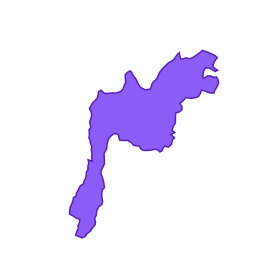 outline of São Vicente, São Paulo, Brazil, rotated 315°
{"feature_id": "56859067B44693730351298", "entity_name": "São Vicente", "entity_type": "district", "adm_level": 2, "iso_a3": "BRA", "parent_name": "Brazil", "parent_adm1": "São Paulo", "projection": "orthographic", "projection_center": [-46.493, -23.955], "detail": "fine", "context": "isolated", "style": "filled", "palette": "violet", "viewbox_px": 256, "rotation_deg": 315, "n_neighbors": 0, "source": "geoboundaries", "source_scale": "gbopen_adm2", "svg_char_len": 2522}
<svg xmlns="http://www.w3.org/2000/svg" viewBox="0 0 256 256"><g transform="rotate(315 128 128)"><path d="M132.8,81.6L130.2,83.5L126.9,85.3L124.1,85.3L120.8,85.2L117.9,85.9L114.5,87.0L113.3,90.6L111.2,93.4L108.1,95.3L105.6,96.2L103.9,98.6L102.1,101.4L99.3,101.6L95.8,105.6L93.5,107.2L92.4,109.9L90.6,112.3L89.5,115.4L86.6,117.4L84.2,120.7L80.9,123.6L79.3,126.4L77.3,122.3L75.2,125.2L72.3,127.0L70.3,129.1L67.3,129.8L64.5,132.3L61.9,133.7L59.3,134.6L57.0,136.0L53.4,135.1L50.0,136.2L47.7,137.1L45.5,137.5L43.5,139.3L40.1,138.7L37.5,140.6L34.2,142.0L31.3,143.1L28.2,145.2L25.8,147.6L27.0,151.5L27.8,155.5L29.3,158.5L26.3,160.9L23.7,161.5L21.9,164.0L19.4,164.6L15.1,166.7L17.9,173.3L21.0,174.4L24.1,173.6L26.3,174.2L29.1,174.3L33.0,173.3L36.0,173.3L38.1,171.9L40.5,168.4L44.3,167.0L47.3,164.5L51.5,163.0L55.4,163.6L58.1,162.0L60.2,159.0L62.1,156.7L65.9,153.6L69.3,153.5L71.8,150.0L73.5,147.5L75.3,144.0L77.1,140.5L79.7,138.9L82.4,138.0L86.0,136.7L88.8,133.8L93.0,129.1L95.6,128.4L98.7,127.3L101.0,125.2L103.5,123.5L107.1,121.8L110.9,121.5L114.8,122.5L116.6,125.8L114.8,128.2L113.6,130.7L116.1,133.8L118.9,136.5L120.0,140.7L119.7,144.1L121.0,146.3L123.2,148.7L122.2,152.2L123.2,154.9L126.2,158.0L132.5,162.5L133.6,164.9L133.6,167.4L136.0,168.3L138.2,167.1L141.2,166.7L143.0,170.1L147.3,170.3L151.0,167.8L154.0,167.8L153.7,162.8L157.8,164.3L157.5,160.9L160.1,159.3L162.3,158.5L164.7,158.1L167.5,155.6L170.2,153.0L172.4,151.1L175.8,153.0L179.0,153.2L181.3,151.2L181.9,147.4L186.5,147.7L190.3,147.4L192.1,149.8L194.5,152.4L197.6,154.5L199.9,155.5L202.9,155.0L206.5,153.2L208.1,155.2L209.1,157.6L210.5,160.6L213.3,164.0L215.5,162.9L218.5,162.1L221.4,161.4L224.0,160.0L225.9,157.2L226.7,154.4L224.6,153.0L223.4,149.9L221.2,147.4L218.2,147.1L216.5,145.4L218.9,143.2L221.8,141.1L225.3,140.3L227.8,143.1L228.8,146.3L229.5,149.5L232.1,150.6L231.7,147.9L231.5,144.8L233.2,143.2L235.5,142.3L237.8,141.8L240.9,141.4L240.7,137.9L239.2,134.1L238.2,131.4L235.6,125.9L232.8,125.6L229.4,125.1L226.9,124.6L223.3,123.9L220.5,122.5L218.7,119.4L215.8,118.2L214.1,116.5L215.2,114.4L217.5,111.0L214.4,110.9L209.7,112.0L207.0,111.8L202.7,110.5L198.9,110.5L193.6,110.5L189.0,111.2L184.0,113.3L181.5,113.6L179.2,113.3L176.9,113.4L174.6,114.6L171.5,116.4L167.2,113.2L165.6,108.4L166.0,105.4L168.3,98.5L168.7,94.6L169.8,92.0L170.0,89.1L167.0,88.3L163.8,88.3L161.1,91.1L158.8,94.0L156.2,95.0L153.7,96.0L151.6,97.1L148.3,96.9L144.2,94.8L141.2,91.7L137.9,89.0L135.8,86.8L135.7,82.2L132.8,81.6Z" fill="#8b5cf6" stroke="#5b21b6" stroke-width="1.5"/></g></svg>